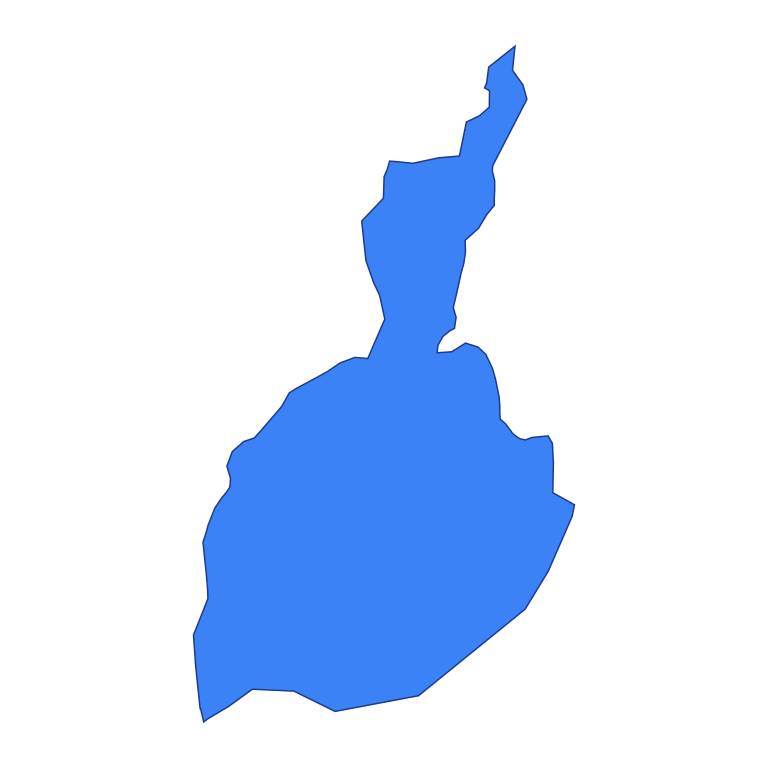 Tendalti, White Nile, Sudan (Natural Earth projection)
{"feature_id": "16777658B96741566185688", "entity_name": "Tendalti", "entity_type": "district", "adm_level": 2, "iso_a3": "SDN", "parent_name": "Sudan", "parent_adm1": "White Nile", "projection": "natural_earth1", "projection_center": [31.956, 13.119], "detail": "fine", "context": "isolated", "style": "filled", "palette": "blue", "viewbox_px": 768, "rotation_deg": 0, "n_neighbors": 0, "source": "geoboundaries", "source_scale": "gbopen_adm2", "svg_char_len": 2319}
<svg xmlns="http://www.w3.org/2000/svg" viewBox="0 0 768 768"><path d="M200.6,708.7L203.7,721.9L208.3,718.5L228.5,706.5L252.4,689.2L293.8,691.1L335.1,711.4L409.4,697.4L418.4,695.8L525.2,609.1L548.3,571.1L572.1,516.5L574.5,504.8L552.8,492.7L553.4,463.4L552.4,443.4L548.1,435.9L531.8,437.5L525.5,439.9L520.4,438.9L517.2,437.1L512.5,433.4L511.3,431.5L505.4,423.7L500.2,419.1L499.8,412.6L499.8,405.7L499.1,397.0L495.5,379.1L492.7,368.9L489.6,362.4L486.0,354.6L478.2,347.2L465.5,343.1L451.7,351.8L437.2,352.8L437.9,345.4L442.7,336.7L449.4,331.1L454.5,328.3L456.1,317.3L453.3,307.6L457.6,289.2L460.8,274.4L463.9,262.9L465.5,251.8L465.1,240.3L471.8,234.3L478.5,228.3L486.8,214.5L494.3,205.3L494.3,198.4L494.7,190.1L494.7,180.8L492.3,170.8L492.7,165.7L526.9,99.3L523.0,85.0L512.5,70.3L515.0,46.2L502.4,56.2L488.7,67.1L486.7,82.7L484.6,87.9L489.5,90.7L489.3,107.2L479.5,115.7L466.4,122.0L459.4,156.0L438.8,157.8L412.8,163.3L398.3,161.8L389.8,161.1L389.6,161.1L388.4,165.5L387.0,170.1L385.2,174.1L384.5,175.7L384.5,175.8L384.1,176.7L383.9,183.4L383.8,186.0L383.6,193.0L383.4,197.2L383.4,198.3L383.2,198.5L379.3,202.6L365.2,217.4L361.7,221.1L362.8,231.5L365.8,259.4L365.9,260.5L367.6,265.4L373.8,283.1L377.0,289.7L379.5,295.0L381.2,302.6L384.6,318.2L384.8,319.2L382.4,324.6L382.1,325.4L378.1,334.6L367.8,358.5L354.9,357.4L349.3,359.5L347.8,360.1L340.4,362.8L329.8,369.9L326.6,372.1L296.0,388.6L289.7,392.6L289.4,392.7L281.8,406.3L277.4,411.5L266.2,424.5L261.9,429.5L254.4,437.9L245.4,441.0L243.6,441.6L232.3,451.6L227.3,465.0L227.0,466.0L226.9,466.3L229.9,476.4L230.3,477.5L230.4,478.0L230.4,479.3L230.2,483.2L230.2,483.9L229.9,485.7L229.7,486.9L229.6,487.5L227.7,490.4L226.7,491.9L223.9,495.3L223.1,496.1L221.8,497.7L221.3,498.4L217.6,504.0L214.9,508.0L211.6,516.3L207.9,525.8L206.9,529.9L204.8,536.7L204.3,538.3L203.9,539.4L203.0,542.4L203.1,543.2L203.1,543.5L203.4,546.0L203.7,548.9L203.8,550.3L204.0,551.7L204.2,553.6L204.2,554.2L204.3,555.0L205.9,569.8L206.6,577.1L206.7,578.5L207.1,582.9L207.6,589.7L207.9,598.6L203.3,610.4L202.6,612.2L201.8,614.2L193.5,635.0L194.3,646.4L194.4,648.1L195.3,660.3L195.6,665.4L195.8,667.4L196.2,670.9L197.5,683.7L198.6,694.1L199.6,704.0L199.7,704.7L199.8,706.3L199.9,706.6L199.9,707.1L200.0,707.4L200.2,708.7L200.6,708.7L200.6,708.7Z" fill="#3b82f6" stroke="#1e3a8a" stroke-width="1.5"/></svg>